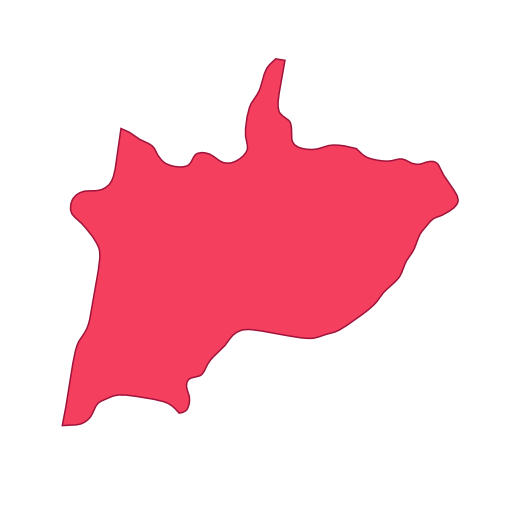 outline of Hostos, Duarte, Dominican Republic, rotated 279°
{"feature_id": "3306468B93342772649109", "entity_name": "Hostos", "entity_type": "district", "adm_level": 2, "iso_a3": "DOM", "parent_name": "Dominican Republic", "parent_adm1": "Duarte", "projection": "albers", "projection_center": [-70.015, 19.128], "detail": "fine", "context": "isolated", "style": "filled", "palette": "rose", "viewbox_px": 512, "rotation_deg": 279, "n_neighbors": 0, "source": "geoboundaries", "source_scale": "gbopen_adm2", "svg_char_len": 2838}
<svg xmlns="http://www.w3.org/2000/svg" viewBox="0 0 512 512"><g transform="rotate(279 256 256)"><path d="M58.2,91.2L61.2,105.3L62.8,109.4L65.1,112.8L68.0,115.6L71.3,117.8L75.2,119.2L82.6,121.3L85.9,123.1L88.5,125.9L93.7,134.0L95.7,137.6L97.2,141.9L98.3,149.3L98.6,159.4L98.5,177.3L97.7,187.3L96.7,192.1L94.9,196.3L92.7,199.8L88.8,204.7L89.9,207.8L91.9,210.6L93.4,211.7L95.1,212.4L98.9,213.1L102.9,213.0L106.9,212.1L113.3,208.9L116.6,207.7L120.1,207.5L121.8,208.0L123.4,208.8L124.6,210.0L125.5,211.4L128.6,218.8L129.6,220.2L130.9,221.3L134.2,222.9L141.9,225.3L145.9,227.2L149.7,229.6L162.7,239.3L170.3,243.2L173.9,245.4L176.9,248.2L178.2,249.7L180.4,253.3L181.2,255.4L182.2,259.7L182.6,264.2L182.8,273.3L182.2,300.5L182.2,312.7L182.7,319.9L183.5,324.6L184.2,326.8L185.9,330.6L189.7,337.8L193.2,345.7L195.7,349.6L201.9,356.8L215.4,370.6L220.6,375.5L226.1,380.0L229.9,382.5L239.6,387.5L243.3,390.2L252.3,397.5L256.1,400.0L258.2,401.1L262.4,402.5L270.9,404.3L275.1,405.5L284.3,409.9L288.4,411.3L299.1,413.5L303.4,414.7L307.1,416.5L317.3,422.7L320.3,425.1L321.5,426.6L325.3,433.3L330.3,439.7L334.6,444.0L337.8,446.0L339.6,446.7L341.5,447.0L343.6,446.7L347.2,445.1L352.1,441.1L365.2,428.7L374.9,421.7L376.5,419.2L377.1,416.2L376.7,413.2L375.5,409.9L373.0,405.0L372.3,403.2L371.7,400.1L372.0,395.3L374.2,388.6L374.7,385.2L374.1,381.8L371.3,374.9L370.3,371.1L369.8,367.0L369.6,360.7L370.0,354.3L370.8,350.2L371.5,348.2L373.3,344.7L377.8,338.3L378.6,325.9L378.4,320.7L377.8,315.6L376.6,310.8L371.3,299.7L370.0,294.9L369.4,290.1L369.4,285.3L370.1,280.7L371.8,276.9L373.1,275.4L375.0,274.0L377.0,273.1L388.0,271.0L392.1,269.6L393.8,268.5L395.1,267.1L398.5,260.5L400.9,257.3L402.7,256.0L407.1,254.4L412.1,253.7L420.1,253.4L453.8,254.0L453.8,244.6L447.2,239.5L443.5,237.5L441.4,236.8L437.1,235.7L423.8,234.1L419.5,233.2L415.5,231.8L406.2,227.5L401.6,226.3L391.9,225.4L379.7,225.8L372.8,226.9L363.9,230.2L360.4,230.8L358.3,230.4L356.3,229.7L352.7,227.6L349.4,224.7L346.6,221.3L344.3,217.4L343.6,215.2L343.1,210.9L343.3,208.7L344.5,204.8L348.0,198.0L349.4,194.3L349.9,190.2L349.7,186.3L348.5,182.7L347.4,181.1L346.1,180.0L344.6,179.2L338.3,177.0L336.8,176.2L335.3,175.1L334.1,173.6L332.6,170.0L331.9,165.9L331.7,161.6L332.1,157.2L333.1,152.9L333.9,150.8L336.2,147.4L340.3,143.2L346.3,138.9L348.6,136.1L350.2,132.6L353.1,122.7L358.4,111.6L360.8,102.7L319.7,103.3L312.2,102.7L307.4,101.6L305.1,100.6L303.3,99.6L300.2,96.9L297.7,93.6L296.8,91.8L295.5,87.8L293.5,77.5L292.8,75.5L290.8,71.9L288.1,68.9L284.7,66.6L282.7,65.8L278.5,65.0L274.4,65.3L272.4,65.7L268.8,67.6L266.3,70.4L260.6,79.1L256.0,84.6L249.4,91.7L243.9,96.5L239.9,99.2L237.8,100.2L235.4,101.0L230.4,102.0L217.5,102.5L167.6,101.7L162.5,101.2L157.6,100.2L153.3,98.7L144.1,94.4L139.4,93.2L134.5,92.5L121.8,91.9L78.0,91.8L58.2,91.2Z" fill="#f43f5e" stroke="#9f1239" stroke-width="1.5"/></g></svg>